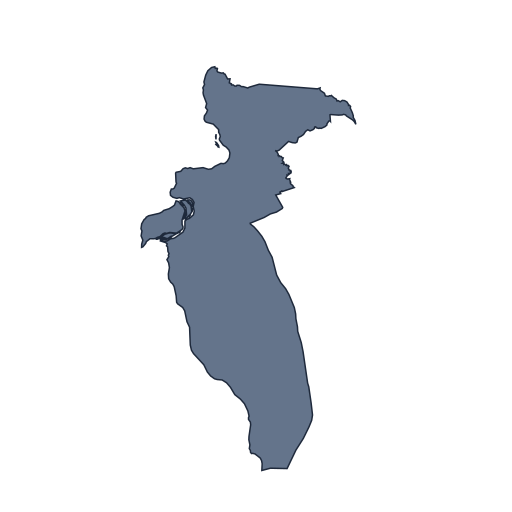 the district of Ituzaingó, Corrientes, Argentina, rotated 302°
{"feature_id": "61730980B54493504343974", "entity_name": "Ituzaingó", "entity_type": "district", "adm_level": 2, "iso_a3": "ARG", "parent_name": "Argentina", "parent_adm1": "Corrientes", "projection": "mercator", "projection_center": [-56.603, -27.951], "detail": "fine", "context": "isolated", "style": "filled", "palette": "slate", "viewbox_px": 512, "rotation_deg": 302, "n_neighbors": 0, "source": "geoboundaries", "source_scale": "gbopen_adm2", "svg_char_len": 6182}
<svg xmlns="http://www.w3.org/2000/svg" viewBox="0 0 512 512"><g transform="rotate(302 256 256)"><path d="M433.4,255.5L432.7,254.7L433.5,254.2L434.8,251.5L434.7,248.8L433.7,246.7L431.4,245.7L431.3,243.4L430.4,242.5L431.6,241.0L431.5,238.3L432.1,234.8L431.5,234.6L430.7,233.2L429.7,232.8L428.5,230.0L430.3,227.8L430.5,223.0L431.4,221.7L432.5,221.3L430.3,219.5L403.4,167.7L395.6,160.8L394.1,160.0L392.9,155.5L391.9,153.8L392.0,151.6L390.7,149.4L389.8,149.3L388.9,148.0L389.0,145.9L388.1,144.8L388.3,144.2L389.0,143.9L388.7,141.6L392.5,140.1L391.1,138.1L393.8,133.4L393.5,132.5L394.0,131.3L392.8,129.8L391.7,125.9L392.4,124.7L394.5,124.0L394.6,123.3L393.5,122.1L394.7,120.8L392.3,118.4L387.6,117.0L382.8,117.5L376.0,119.6L374.1,121.5L370.4,121.8L369.0,123.4L366.4,124.6L364.7,126.1L359.1,133.4L355.1,134.6L354.1,137.6L350.9,138.2L347.5,138.0L344.6,139.4L343.4,141.2L343.1,142.9L345.2,149.9L343.4,157.3L341.1,158.8L339.9,160.9L338.4,162.4L335.8,162.9L334.9,163.7L332.6,169.5L332.6,173.0L331.5,177.0L329.5,179.3L325.2,181.3L321.4,181.4L318.5,180.7L317.0,179.4L316.0,177.2L310.1,173.5L306.5,172.2L304.3,169.7L302.9,164.3L296.7,156.6L296.0,153.3L294.0,151.7L293.3,149.3L291.4,147.9L287.9,147.3L284.7,143.9L283.7,143.9L276.3,149.0L275.6,150.1L270.1,150.7L268.8,150.0L267.9,148.7L264.6,149.4L262.1,151.4L261.8,154.4L262.9,158.3L264.9,160.1L265.9,164.3L270.3,169.0L270.2,172.1L268.6,175.1L264.7,176.5L261.2,179.9L257.7,181.1L252.6,179.6L250.2,177.8L248.0,177.2L242.0,180.9L237.5,181.4L228.5,177.6L227.3,176.8L225.3,174.4L221.8,172.8L219.2,170.1L217.9,166.2L219.5,172.3L219.2,174.3L217.2,174.7L217.0,176.1L213.2,178.9L211.9,181.0L210.2,181.2L209.2,182.4L205.7,182.4L203.9,185.5L200.3,188.7L194.3,191.2L190.4,194.0L188.6,197.5L188.1,200.3L186.6,202.9L179.9,209.4L174.7,213.2L173.9,214.9L173.5,221.1L171.7,224.6L163.7,232.3L160.4,237.4L145.6,247.5L141.9,251.2L140.1,254.8L136.1,269.4L131.8,276.3L130.2,281.1L129.9,285.9L130.7,288.6L132.9,292.9L132.9,298.2L131.2,303.7L127.2,311.5L126.4,318.5L124.6,324.5L120.3,331.2L116.5,335.0L114.9,335.3L113.4,336.3L112.2,339.2L110.1,340.9L99.2,345.7L96.4,347.3L92.6,350.9L89.1,352.4L88.1,354.3L86.6,355.4L86.1,356.9L86.9,357.8L87.6,360.0L86.9,366.7L85.4,369.2L83.1,371.3L77.2,374.6L83.7,380.7L92.2,395.0L112.6,392.7L126.4,392.8L139.1,391.5L146.1,390.3L151.1,388.2L160.6,380.6L173.0,370.1L175.5,367.2L199.7,346.7L206.5,340.3L214.2,331.3L217.9,328.7L223.9,323.1L227.9,320.3L232.6,315.8L240.8,304.3L244.0,298.4L246.5,291.1L250.8,283.6L263.5,270.3L267.4,263.4L272.9,256.0L275.8,250.5L278.1,244.1L279.6,238.9L280.1,234.4L280.7,233.7L293.0,242.5L299.3,245.9L304.1,250.1L310.2,253.1L311.4,252.9L318.2,240.4L322.0,243.9L322.8,242.4L324.8,243.4L324.4,243.9L334.3,252.2L334.6,250.6L335.2,250.0L335.6,246.9L336.9,245.8L337.1,246.1L338.8,243.7L339.4,243.6L338.0,242.0L337.7,240.5L338.1,239.9L340.0,240.0L341.1,239.4L341.1,240.1L342.3,240.6L343.2,239.8L343.6,240.5L342.8,240.7L345.0,241.6L345.2,241.1L346.0,241.3L346.8,240.4L346.2,240.0L346.8,239.6L346.5,238.3L346.8,238.3L347.6,236.8L349.6,236.5L349.8,235.2L348.9,234.6L349.7,233.5L348.8,233.1L349.1,231.4L348.4,231.0L349.2,230.4L348.6,229.2L350.3,229.9L350.9,227.7L353.6,227.1L353.2,226.1L353.8,224.8L353.3,224.1L353.4,223.2L352.7,222.9L353.3,222.2L352.9,221.5L354.0,221.0L354.8,219.7L355.5,218.2L355.6,216.4L356.2,218.2L357.9,219.5L370.4,222.9L371.4,226.8L372.7,229.4L374.2,230.4L378.9,229.1L381.3,230.7L384.2,231.9L387.9,232.0L390.5,233.0L390.7,235.5L393.2,237.3L395.0,237.9L396.4,237.4L396.9,237.7L397.2,238.2L396.7,239.2L397.5,241.8L398.2,242.2L398.8,243.7L402.3,246.0L404.6,246.7L405.9,246.1L409.1,246.3L409.8,247.1L409.6,247.8L414.9,243.9L415.5,244.3L419.2,251.3L421.3,254.3L422.5,255.2L423.2,257.2L422.7,258.5L422.6,265.7L422.1,268.0L420.6,270.9L423.4,268.1L425.1,265.0L426.5,264.2L428.7,261.6L431.4,257.5L432.9,257.0L433.4,255.5ZM227.6,141.8L222.7,142.0L218.2,144.0L216.8,146.0L212.2,147.9L209.5,151.6L205.4,152.8L202.7,154.4L203.8,155.2L208.1,155.8L210.1,155.4L214.5,157.0L216.5,160.3L217.9,161.7L219.5,162.4L221.6,164.3L225.6,165.3L227.3,166.6L227.7,168.1L230.2,170.3L233.3,176.5L239.2,179.2L241.1,179.2L242.0,178.7L243.6,176.6L247.2,174.3L256.6,171.9L258.7,169.4L259.9,164.4L261.1,161.6L260.4,159.0L255.9,159.9L253.8,159.1L250.1,157.3L245.8,153.6L243.4,152.9L241.0,151.4L233.2,143.6L230.6,142.3L229.4,142.5L227.6,141.8ZM265.0,172.1L264.9,170.9L265.7,168.9L266.0,166.4L262.7,162.8L261.1,168.3L259.5,171.2L254.3,175.2L250.5,175.6L250.0,176.3L252.1,177.3L253.6,177.3L256.1,178.1L259.4,178.2L264.0,174.4L265.0,172.1ZM217.0,162.0L218.0,163.5L221.7,166.1L223.1,168.7L223.3,170.4L224.1,172.0L227.7,173.5L228.7,174.6L232.4,176.5L230.4,171.5L229.0,169.7L225.8,166.9L222.9,166.1L219.1,163.9L217.0,162.0ZM266.0,175.3L267.5,173.8L268.6,171.6L268.4,169.9L267.2,168.2L266.6,169.0L266.1,172.0L265.5,172.8L264.7,175.9L266.0,175.3ZM331.3,162.4L331.2,161.6L330.0,163.2L329.3,162.9L328.9,165.3L328.4,165.9L328.6,166.8L329.8,165.8L331.3,162.4ZM219.3,166.2L220.0,168.4L222.1,170.8L222.0,169.0L219.3,166.2ZM225.6,165.6L222.0,165.1L223.2,166.0L226.4,166.8L225.6,165.6ZM223.8,172.1L224.2,172.9L225.4,173.8L228.0,174.3L223.8,172.1ZM220.5,163.9L219.7,162.9L217.4,161.7L218.8,163.3L220.5,163.9ZM333.7,160.3L338.2,157.6L335.8,158.5L333.7,160.3ZM251.7,174.9L253.8,174.0L254.8,173.9L255.3,173.5L254.7,173.2L252.2,174.1L251.7,174.9ZM255.7,173.6L253.2,174.3L252.2,175.0L254.5,174.7L255.7,173.6ZM262.9,175.6L261.6,177.0L259.7,178.5L262.4,176.9L262.9,175.6ZM259.9,165.6L261.0,164.0L261.0,162.8L260.0,164.5L259.9,165.6ZM256.6,178.7L253.9,177.9L253.6,178.4L256.6,178.7ZM220.8,166.7L218.9,165.6L221.4,168.0L220.8,166.7ZM265.7,169.8L265.0,171.1L265.2,172.2L265.7,171.1L265.7,169.8ZM260.1,167.7L260.7,166.6L260.4,165.7L259.9,166.4L259.8,167.5L260.1,167.7ZM232.8,176.3L233.2,177.1L234.6,177.8L235.1,177.6L232.8,176.3ZM236.4,178.5L234.3,178.3L236.3,178.9L236.4,178.5ZM250.4,174.2L249.9,173.9L248.9,174.8L249.0,174.9L250.4,174.2ZM263.7,176.1L264.8,175.2L264.7,174.7L263.7,176.1ZM227.2,167.5L227.2,166.7L226.5,166.2L226.7,167.3L227.2,167.5ZM253.0,173.4L254.1,173.3L254.3,173.1L253.0,173.4ZM220.4,165.5L219.2,165.4L220.6,165.9L220.4,165.5ZM222.4,164.5L221.4,164.5L222.6,164.7L222.4,164.5Z" fill="#64748b" stroke="#1e293b" stroke-width="1.5"/></g></svg>